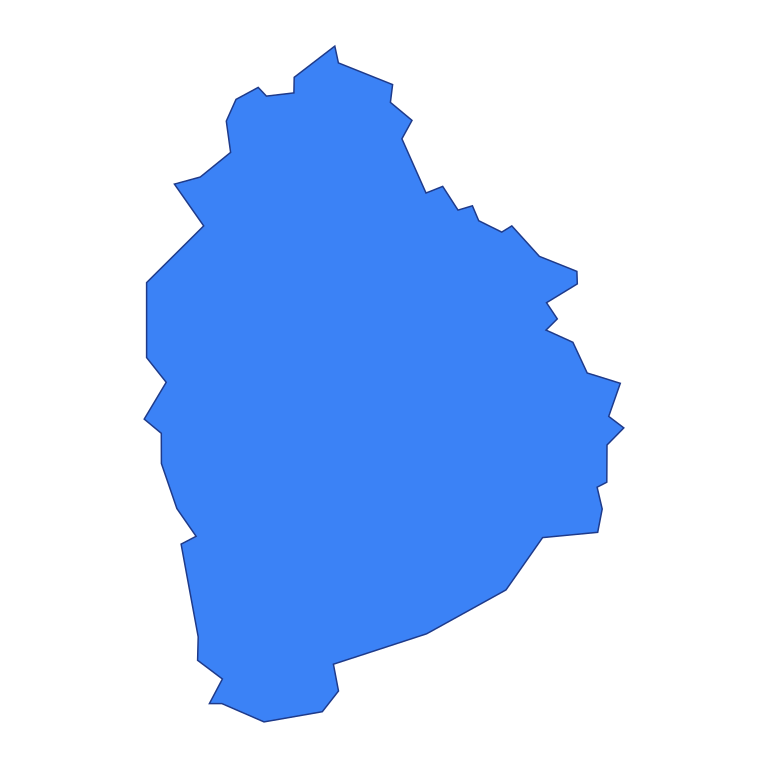 Leslie, Kentucky, United States of America
{"feature_id": "52423323B44455314704802", "entity_name": "Leslie", "entity_type": "district", "adm_level": 2, "iso_a3": "USA", "parent_name": "United States of America", "parent_adm1": "Kentucky", "projection": "albers", "projection_center": [-83.367, 37.102], "detail": "fine", "context": "isolated", "style": "filled", "palette": "blue", "viewbox_px": 768, "rotation_deg": 0, "n_neighbors": 0, "source": "geoboundaries", "source_scale": "gbopen_adm2", "svg_char_len": 856}
<svg xmlns="http://www.w3.org/2000/svg" viewBox="0 0 768 768"><path d="M198.2,636.9L197.6,660.3L222.4,679.0L209.4,703.6L221.9,703.6L264.0,721.9L322.3,711.7L338.5,691.0L333.4,664.2L426.6,633.8L506.0,589.9L542.6,537.6L597.7,532.3L602.2,509.0L597.1,487.2L606.8,482.2L607.0,445.0L623.8,427.9L608.7,416.4L620.3,383.3L587.2,373.0L572.9,342.3L546.0,330.1L557.3,318.9L546.5,302.7L577.3,283.9L576.9,271.4L539.4,256.4L511.8,225.9L501.7,232.1L478.7,220.7L472.4,205.8L458.0,210.1L442.7,186.4L426.0,193.0L401.9,138.8L412.0,120.4L390.4,102.4L392.6,84.6L338.4,62.9L334.8,46.1L294.2,77.3L293.9,92.9L266.4,96.1L258.2,87.4L236.0,99.4L226.3,121.1L230.6,152.4L200.3,177.0L174.4,184.1L203.7,225.9L146.6,282.6L146.6,357.6L166.2,382.3L144.2,419.1L161.3,433.3L161.4,463.5L176.9,508.6L196.1,536.3L181.1,544.1L198.2,636.9Z" fill="#3b82f6" stroke="#1e3a8a" stroke-width="1.5"/></svg>